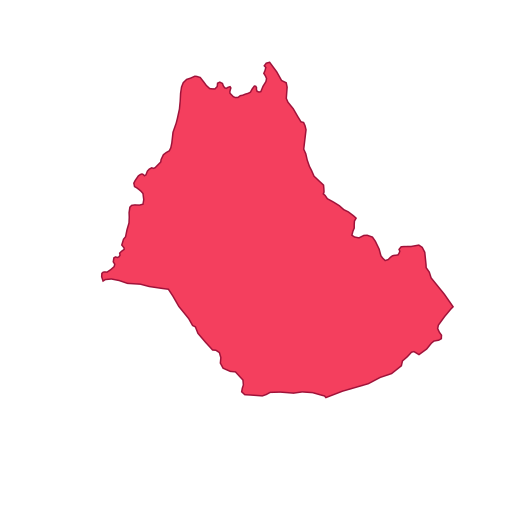 outline of Canelones, Canelones, Uruguay, rotated 321°
{"feature_id": "84410073B2081197170213", "entity_name": "Canelones", "entity_type": "district", "adm_level": 2, "iso_a3": "URY", "parent_name": "Uruguay", "parent_adm1": "Canelones", "projection": "mercator", "projection_center": [-56.237, -34.531], "detail": "fine", "context": "isolated", "style": "filled", "palette": "rose", "viewbox_px": 512, "rotation_deg": 321, "n_neighbors": 0, "source": "geoboundaries", "source_scale": "gbopen_adm2", "svg_char_len": 3141}
<svg xmlns="http://www.w3.org/2000/svg" viewBox="0 0 512 512"><g transform="rotate(321 256 256)"><path d="M221.2,410.0L238.2,415.5L248.4,419.8L262.9,425.9L276.1,428.5L287.4,432.7L299.9,432.8L303.8,429.7L310.2,429.5L316.3,428.6L318.6,429.7L320.6,435.2L330.1,435.7L337.5,434.1L340.8,434.1L345.0,436.4L348.0,436.9L350.3,434.3L350.5,430.7L351.5,426.7L354.2,424.5L364.6,421.7L373.7,419.9L377.2,419.5L378.3,404.3L378.3,383.2L380.5,377.6L380.9,372.1L382.5,370.0L386.1,364.5L389.5,359.3L390.6,353.9L389.4,350.0L382.5,346.2L379.5,343.8L376.7,341.6L374.6,340.2L371.3,340.9L370.8,342.8L368.9,343.9L367.0,344.5L365.1,343.4L363.7,342.4L362.1,341.7L359.7,341.6L356.5,342.0L353.5,340.8L353.1,337.4L353.2,334.5L354.6,331.3L356.0,328.2L358.0,319.7L358.4,314.6L355.5,309.9L352.8,307.9L347.4,306.7L344.5,303.2L343.6,300.2L346.8,297.8L349.9,296.1L352.1,293.4L354.5,290.8L357.6,289.6L357.1,286.3L355.5,279.8L353.4,275.3L352.4,269.3L350.2,263.0L347.5,256.4L347.8,252.3L347.4,250.1L349.1,249.1L351.3,246.1L353.1,243.4L352.2,237.1L351.3,230.5L353.0,224.4L353.9,220.0L356.2,213.6L359.0,207.9L360.3,203.0L374.3,189.4L376.1,185.6L377.0,182.2L375.4,180.0L376.2,173.8L377.6,165.0L377.6,156.6L378.7,152.6L386.4,144.4L388.5,140.4L386.3,135.7L388.0,125.9L388.5,114.0L385.3,112.6L382.1,113.4L382.3,115.6L379.8,117.5L377.0,119.0L376.7,121.7L375.9,124.7L373.5,126.7L368.3,128.5L363.2,131.3L361.5,130.5L360.5,128.8L361.1,126.9L362.4,125.4L362.6,123.9L361.7,122.9L358.4,123.7L354.7,125.2L352.1,124.6L349.6,123.5L346.8,122.7L344.7,121.5L341.9,121.5L339.6,119.8L338.6,117.8L338.2,113.2L339.0,111.9L340.7,110.6L342.2,109.6L342.4,108.1L340.4,107.3L338.4,107.0L337.5,105.6L337.7,103.1L338.5,100.8L337.3,98.1L334.9,97.5L332.5,99.9L329.2,100.3L327.3,98.7L325.4,96.8L324.7,92.2L324.9,88.1L325.0,82.2L323.0,79.2L321.6,77.8L317.1,76.6L313.2,75.1L308.6,75.5L304.5,77.8L299.8,82.1L294.5,88.0L288.9,93.7L281.4,99.7L277.5,102.6L269.4,107.6L261.8,115.1L257.9,118.3L254.8,119.7L251.3,119.1L247.8,119.0L243.0,121.3L241.1,123.0L237.6,123.4L233.1,123.9L231.5,123.4L230.4,121.8L227.7,121.3L225.0,121.7L221.5,123.7L219.8,123.4L219.6,121.6L219.0,120.5L217.5,119.9L215.0,119.7L209.6,121.3L206.9,122.5L205.3,125.6L206.2,127.9L206.9,130.7L207.4,133.3L207.5,136.3L204.2,141.6L200.8,144.6L197.4,143.1L193.9,140.0L191.2,138.4L188.7,138.7L184.7,142.4L181.9,146.1L178.1,150.4L172.3,154.4L166.7,159.0L163.6,159.6L158.6,163.0L158.6,166.6L157.7,167.9L154.3,167.7L151.8,168.0L150.9,169.8L149.0,170.4L147.5,170.1L146.2,168.3L144.4,168.0L141.4,170.7L141.1,173.4L139.1,175.0L134.7,175.2L130.1,174.8L128.4,173.2L127.0,172.4L125.3,172.5L123.0,175.0L121.4,179.2L124.1,179.5L129.1,182.8L134.2,188.9L138.9,196.4L148.4,205.1L153.8,212.5L163.1,222.6L167.0,226.7L166.2,234.8L164.3,246.6L164.3,262.3L163.6,266.5L163.0,270.1L164.3,272.9L162.2,279.6L162.5,291.4L163.1,301.7L165.5,304.0L166.8,308.0L164.7,312.9L160.9,316.8L159.8,322.5L163.4,329.5L167.1,333.1L167.8,344.2L165.0,348.3L162.2,350.1L159.4,352.5L160.0,356.7L164.6,360.9L172.9,368.7L176.8,370.1L181.2,370.9L189.2,377.0L198.9,386.2L206.4,390.7L214.0,397.8L218.5,404.2L220.0,406.3L221.2,407.9L221.2,410.0Z" fill="#f43f5e" stroke="#9f1239" stroke-width="1.5"/></g></svg>